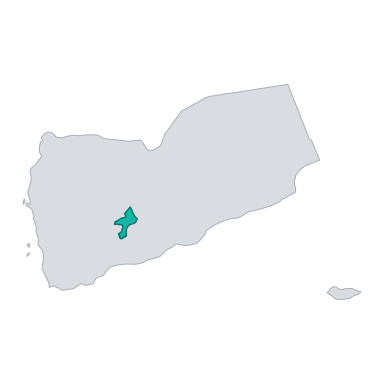 Markhah As Sufla, Shabwah, Yemen shown in context
{"feature_id": "15242507B42108001153056", "entity_name": "Markhah As Sufla", "entity_type": "district", "adm_level": 2, "iso_a3": "YEM", "parent_name": "Yemen", "parent_adm1": "Shabwah", "projection": "robinson", "projection_center": [46.113, 14.696], "detail": "fine", "context": "in_parent", "style": "filled", "palette": "teal", "viewbox_px": 384, "rotation_deg": 0, "n_neighbors": 0, "source": "geoboundaries", "source_scale": "gbopen_adm2", "svg_char_len": 5374}
<svg xmlns="http://www.w3.org/2000/svg" viewBox="0 0 384 384"><path d="M319.6,160.0L305.5,165.8L301.8,168.3L298.4,171.5L295.9,175.4L294.2,182.3L295.6,188.7L295.5,192.1L291.8,194.3L288.4,195.9L284.6,198.4L282.3,199.0L280.4,201.0L278.3,202.3L270.4,205.9L261.7,208.7L248.0,212.0L242.7,215.6L237.8,218.0L230.5,218.7L220.4,222.2L214.8,224.9L207.9,229.3L206.3,230.7L205.1,234.0L203.0,236.8L198.8,241.5L195.6,243.8L193.5,244.0L189.4,245.3L184.6,245.5L176.5,243.9L174.4,245.0L172.7,246.8L166.4,250.0L160.1,256.4L155.4,258.0L147.9,260.0L142.6,262.7L139.0,263.7L134.5,264.3L126.0,264.0L118.0,265.0L110.6,266.8L107.1,270.2L103.2,275.5L96.7,277.8L95.1,279.7L93.1,283.6L88.9,284.7L85.1,285.3L81.2,283.6L73.9,288.4L71.1,289.2L66.9,289.3L63.9,290.3L61.8,290.1L59.1,288.2L53.4,285.9L49.3,287.4L48.9,282.9L42.1,269.1L43.6,257.1L43.6,255.4L42.2,250.0L38.1,245.1L38.3,238.9L36.9,234.4L35.8,229.9L36.2,228.7L36.3,227.6L34.2,220.5L33.5,219.1L33.2,217.6L33.9,216.5L33.9,215.2L32.8,213.0L31.7,208.9L26.1,205.7L27.2,202.7L28.3,203.7L29.8,204.6L30.1,202.7L30.1,201.2L27.8,192.1L31.3,179.9L30.2,169.0L35.5,164.5L36.9,163.2L37.6,162.0L38.9,159.5L40.6,158.7L41.2,156.1L41.1,154.8L40.1,153.7L39.3,150.6L39.5,146.7L39.8,145.1L40.4,142.1L42.2,141.0L42.7,140.1L41.3,138.2L41.4,137.1L44.5,134.0L45.8,133.0L47.8,132.1L49.4,132.1L51.2,132.6L52.8,133.5L54.4,135.1L56.1,136.9L58.6,137.6L60.4,137.4L61.8,138.2L63.0,137.8L64.4,136.9L66.5,136.9L68.5,135.9L74.1,135.3L79.5,135.7L85.1,134.8L90.7,134.9L96.4,134.9L97.6,135.1L98.9,135.6L103.6,138.4L107.3,139.0L114.5,139.7L122.3,140.5L129.0,141.3L134.7,140.6L139.5,140.1L140.8,140.1L142.2,141.9L145.1,146.2L147.7,150.2L152.5,150.4L155.5,148.9L158.8,146.8L160.8,145.1L163.2,138.5L164.7,134.3L168.2,129.5L171.1,125.5L174.9,120.1L177.1,117.2L181.3,111.4L185.3,109.1L193.1,104.8L200.7,100.5L205.6,97.7L209.8,96.4L216.9,95.3L225.2,94.0L233.6,92.8L242.4,91.4L252.3,89.9L259.1,88.8L267.7,87.5L274.9,86.3L281.3,85.4L287.8,84.3L289.1,87.6L290.4,90.8L291.6,94.0L292.9,97.2L294.2,100.4L295.4,103.7L296.7,106.9L298.0,110.1L299.3,113.3L300.5,116.6L301.8,119.8L303.1,123.0L304.3,126.2L305.6,129.4L306.9,132.7L308.2,135.9L309.4,139.0L311.4,140.1L312.6,143.0L314.4,147.3L316.1,151.5L317.9,155.8L319.6,160.0ZM339.8,289.4L341.5,289.8L344.2,288.7L351.8,288.5L361.0,292.1L359.2,293.1L358.2,294.4L354.2,295.5L350.2,298.3L338.6,299.7L335.2,298.9L332.4,296.2L327.2,292.8L329.2,290.5L329.6,289.5L330.4,288.5L333.3,286.9L336.2,287.1L339.8,289.4ZM29.6,246.4L29.2,247.1L28.7,246.9L27.0,245.2L28.9,243.3L29.9,245.1L29.6,246.4ZM24.2,203.4L23.3,204.1L23.0,202.9L23.6,200.1L24.6,199.3L25.2,201.3L24.8,202.5L24.2,203.4ZM28.7,255.0L26.8,256.0L28.1,253.4L29.4,252.9L29.8,253.0L28.7,255.0Z" fill="#d9dde1" stroke="#a8b0b8" stroke-width="1"/><path d="M126.5,235.6L126.4,235.3L126.3,235.1L126.3,234.8L126.2,234.6L126.2,234.3L126.2,234.1L126.2,233.8L126.3,233.6L126.4,233.4L126.4,233.1L126.4,232.9L126.3,232.6L126.3,232.3L126.3,232.1L126.3,231.8L126.3,231.6L126.3,231.3L126.3,231.0L126.3,230.8L126.3,230.5L126.3,230.2L126.4,229.7L126.4,229.4L126.5,229.2L126.5,228.9L126.5,228.7L126.6,228.4L126.8,228.2L127.0,227.8L127.1,227.6L127.2,227.3L127.3,227.1L127.4,226.9L127.6,226.7L127.8,226.5L128.0,226.3L128.1,226.1L128.3,225.9L128.5,225.7L128.9,225.4L129.0,225.3L129.2,225.1L129.5,225.0L129.7,224.9L129.9,224.7L130.1,224.6L130.3,224.5L130.5,224.4L131.0,224.2L131.4,224.1L131.7,224.0L131.9,223.9L132.1,223.9L132.4,223.8L132.6,223.7L132.8,223.7L133.1,223.6L133.3,223.5L133.5,223.4L133.8,223.3L134.0,223.2L134.5,223.1L135.7,222.1L136.2,221.0L137.2,218.8L135.6,217.5L135.2,217.1L132.7,212.6L131.6,209.6L130.1,207.2L129.2,208.3L126.2,211.9L126.0,212.1L125.8,212.2L125.7,212.4L125.5,212.6L125.4,212.8L125.2,213.0L124.9,213.4L124.7,213.6L125.1,214.6L125.6,215.9L125.5,217.1L124.7,217.6L123.9,217.7L121.3,218.2L116.7,221.2L115.2,221.7L115.2,221.8L115.1,222.0L115.1,222.3L115.0,222.5L115.0,222.8L114.9,223.0L114.8,223.3L114.7,223.5L114.6,223.8L114.5,224.0L114.4,224.2L114.3,224.5L114.2,224.5L116.9,224.1L117.8,224.2L118.5,224.5L119.4,224.7L119.6,224.7L119.9,224.7L120.0,224.7L120.4,224.7L120.5,224.7L120.8,224.6L121.0,224.6L121.3,224.7L121.5,224.8L121.8,224.8L122.0,224.9L122.1,225.0L122.3,225.0L122.5,225.2L122.6,225.3L122.7,225.5L122.7,225.8L122.8,225.9L122.8,226.1L122.9,226.3L122.8,226.8L122.9,227.0L122.9,227.3L122.9,227.6L122.8,227.8L122.8,228.1L122.7,228.2L122.3,228.8L122.0,229.3L121.9,229.5L122.1,229.9L122.1,230.1L122.1,230.4L122.1,230.5L121.9,230.8L121.8,231.0L121.7,231.3L121.6,231.5L121.6,231.8L121.4,231.9L121.1,232.1L120.6,232.4L119.8,233.0L119.3,233.4L118.6,233.8L118.7,234.0L118.8,234.1L118.9,234.3L119.0,234.4L119.1,234.5L119.3,234.7L119.5,234.8L119.6,235.0L119.6,235.3L119.5,235.5L119.4,235.5L119.5,235.6L119.4,235.8L119.4,236.0L119.6,236.3L119.5,236.5L119.5,236.8L119.8,236.8L119.8,237.0L119.9,237.3L119.8,237.5L119.7,237.6L119.8,237.8L119.9,238.0L120.0,238.1L120.3,238.3L120.5,238.4L120.7,238.5L120.8,238.5L121.0,238.6L121.3,238.7L121.5,238.8L121.8,238.7L122.0,238.6L122.3,238.5L122.5,238.4L122.7,238.2L122.8,238.2L123.0,237.9L123.2,237.7L123.3,237.6L123.5,237.5L123.6,237.4L123.6,237.2L123.7,236.9L123.7,236.7L123.8,236.6L123.8,236.4L124.0,236.3L124.3,236.4L124.5,236.4L124.7,236.5L124.8,236.6L125.0,236.8L125.1,236.7L125.2,236.8L125.3,236.7L125.5,236.6L125.6,236.4L125.8,236.2L126.0,236.1L126.2,235.9L126.3,235.9L126.4,235.7L126.5,235.6Z" fill="#14b8a6" stroke="#0f766e" stroke-width="1.5"/></svg>